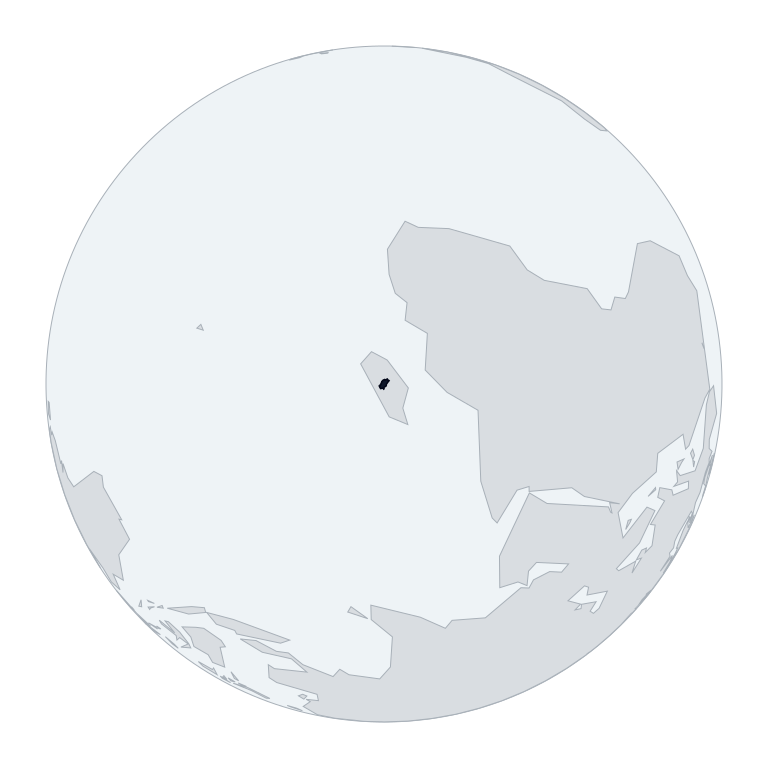 Vakinankaratra on an orthographic globe, rotated 133°
{"feature_id": "MDG-5881", "entity_name": "Vakinankaratra", "entity_type": "Autonomous Province", "adm_level": 1, "iso_a3": "MDG", "parent_name": "Madagascar", "parent_adm1": "", "projection": "orthographic", "projection_center": [46.868, -19.718], "detail": "fine", "context": "on_globe", "style": "filled", "palette": "ink", "viewbox_px": 768, "rotation_deg": 133, "n_neighbors": 0, "source": "natural_earth", "source_scale": "10m", "svg_char_len": 7348}
<svg xmlns="http://www.w3.org/2000/svg" viewBox="0 0 768 768"><g transform="rotate(133 384 384)"><circle cx="384" cy="384" r="338" fill="#eef3f6" stroke="#a8b0b8"/><path d="M46.3,397.4L47.0,393.7L50.8,398.7L53.5,418.1L55.8,447.2L70.8,498.8L78.4,526.0L89.0,546.7L110.0,581.1L112.4,585.1L98.1,564.2L85.5,542.4L74.5,519.7L65.2,496.2L57.8,472.1L52.1,447.5L48.3,422.5L46.3,397.4ZM116.7,590.7L121.4,596.5L130.7,607.6L131.6,608.7L116.7,590.7ZM174.5,649.2L176.2,650.4L191.7,661.8L174.5,649.2ZM191.8,661.9L197.0,665.3L198.8,666.6L203.5,669.7L207.7,672.3L207.8,672.4L191.8,661.9ZM209.2,673.2L208.9,673.0L198.9,666.6L202.8,668.2L211.0,673.7L210.2,673.8L209.2,673.2ZM185.6,656.0L179.4,650.6L180.7,651.0L185.2,654.9L185.6,656.0ZM357.8,47.1L370.9,46.7L363.7,47.5L352.3,48.0L358.5,48.9L360.1,48.1L365.6,48.2L372.8,47.0L377.0,47.1L376.6,46.3L382.6,46.3L382.8,46.8L398.5,46.5L412.3,47.4L413.8,47.4L411.8,47.2L413.6,47.4L430.5,49.3L430.8,49.3L428.5,49.0L440.1,50.8L440.1,51.0L442.9,51.5L444.4,51.5L444.0,51.4L467.6,56.6L490.7,63.4L513.3,71.8L535.3,81.8L556.4,93.4L576.7,106.4L596.0,120.9L614.3,136.7L631.3,153.7L631.8,154.4L639.2,162.7L641.9,165.7L645.1,169.5L648.0,173.5L661.8,191.8L671.3,207.2L674.9,223.2L666.6,221.3L667.7,225.9L660.3,216.0L656.6,221.3L675.5,258.9L677.1,267.8L668.2,277.2L666.9,270.0L647.3,243.9L648.1,264.2L663.2,290.1L668.5,315.3L658.9,302.6L652.9,280.4L645.9,270.5L644.6,251.9L632.7,221.7L622.8,221.8L620.5,211.3L602.6,186.0L586.6,186.3L563.2,205.4L565.0,232.7L554.7,242.8L529.8,198.4L520.8,172.5L510.4,173.0L485.9,150.4L439.6,144.9L434.3,138.8L425.3,141.1L408.2,134.9L400.5,125.8L389.7,126.3L410.5,150.8L422.3,150.7L433.9,141.9L437.4,151.0L454.0,160.4L431.2,182.1L364.5,203.4L360.2,183.3L320.8,136.0L323.2,130.8L323.1,130.3L322.8,129.3L316.9,138.0L310.9,129.9L329.6,160.7L331.8,175.9L363.6,204.6L360.0,208.0L370.9,214.3L408.5,206.5L408.2,213.5L389.1,246.9L339.1,297.3L347.1,332.1L345.7,363.4L317.4,386.8L323.0,412.0L308.8,422.6L310.0,437.6L300.3,455.1L283.1,473.4L250.6,479.6L246.1,465.8L226.1,442.5L197.3,386.1L202.9,357.1L198.9,337.5L175.7,300.4L180.6,276.1L175.0,268.5L163.0,274.5L156.9,265.8L149.9,268.0L108.5,294.4L97.7,287.0L89.0,255.6L97.8,236.0L102.5,218.8L165.6,142.2L175.4,139.7L221.0,119.0L226.0,119.0L216.8,131.0L248.0,136.5L262.6,124.9L294.6,127.7L318.4,125.1L333.6,104.2L294.7,107.7L291.8,99.5L326.0,88.7L360.6,88.1L360.5,85.0L341.9,79.1L353.1,73.7L335.8,77.0L340.4,79.5L329.7,82.2L324.9,80.2L329.0,78.0L319.5,77.7L302.2,89.5L305.0,93.3L278.1,99.1L280.2,106.5L271.7,111.6L265.1,101.3L268.2,96.7L253.0,90.0L247.3,95.0L261.2,102.2L255.4,102.5L247.8,111.0L249.0,104.9L235.3,97.3L213.3,106.6L179.4,134.0L167.7,140.7L160.5,141.8L178.6,120.7L202.7,108.3L209.4,102.2L209.5,98.2L216.8,95.3L219.8,92.6L229.4,88.7L247.8,78.9L258.3,75.3L270.2,68.3L277.2,66.0L268.1,70.5L267.5,72.4L294.1,66.3L300.7,64.1L306.3,60.5L312.9,59.9L314.9,57.3L332.5,54.2L312.7,56.2L318.8,53.6L331.9,50.8L330.4,50.7L308.9,55.6L303.6,57.4L304.7,58.1L287.0,65.4L276.8,68.5L281.9,63.4L268.0,67.8L278.0,63.3L304.7,55.5L331.1,50.3L357.8,47.1ZM139.9,174.0L137.3,179.2L137.2,179.2L139.9,174.0ZM394.9,99.7L417.1,101.6L410.9,90.1L418.9,90.2L413.9,86.7L410.4,89.3L398.6,80.4L409.6,78.3L408.9,74.4L401.4,73.7L383.2,79.4L399.9,91.6L393.1,95.8L394.9,99.7ZM226.8,85.1L228.5,84.6L222.4,88.2L209.1,95.4L217.8,90.0L226.8,85.1ZM232.2,83.4L240.9,77.9L249.5,74.1L243.2,77.0L248.0,75.0L239.2,79.3L238.9,82.2L233.5,85.7L211.9,95.4L221.9,89.9L219.7,90.3L232.2,83.4ZM234.2,113.5L238.5,112.8L245.9,110.7L241.2,116.5L234.2,113.5ZM224.4,108.3L228.7,106.5L225.6,112.6L221.1,113.8L224.4,108.3ZM233.6,100.9L229.2,106.0L228.9,103.9L233.6,100.9ZM272.4,69.1L277.3,67.5L276.8,68.2L272.9,70.1L272.4,69.1ZM325.6,108.0L317.2,112.4L314.3,110.8L317.7,109.6L325.6,108.0ZM276.0,113.2L286.1,114.2L274.6,114.8L276.0,113.2ZM467.9,552.9L470.8,559.0L465.3,558.6L467.9,552.9ZM404.5,357.8L385.2,414.8L368.9,415.2L364.3,398.0L370.3,363.5L388.8,353.8L397.4,338.9L404.5,357.8ZM701.1,402.3L703.8,407.9L703.4,409.3L701.1,402.3ZM698.5,392.6L702.1,397.8L697.3,395.2L698.5,392.6ZM703.4,399.9L707.1,401.9L708.7,401.6L708.0,404.4L703.4,399.9ZM695.8,389.6L678.0,372.9L670.1,362.8L672.7,358.6L685.5,370.0L695.8,389.6ZM672.0,357.9L658.9,333.5L635.6,278.3L644.1,282.9L667.3,321.3L666.0,325.1L674.0,342.8L672.0,357.9ZM700.8,352.7L699.3,366.0L690.2,355.6L685.6,349.2L682.6,328.3L684.4,320.8L688.3,324.3L699.7,307.4L704.5,319.5L701.9,328.0L705.6,344.0L700.8,352.7ZM566.7,235.8L575.5,255.0L569.4,256.3L566.7,235.8ZM701.4,292.6L698.8,299.7L700.2,287.9L701.4,292.6ZM700.4,280.1L702.1,286.8L699.0,278.3L700.4,280.1ZM670.4,233.9L666.4,231.9L664.8,227.6L669.1,227.7L670.4,233.9ZM678.6,220.8L683.9,232.3L685.1,235.6L680.6,226.7L678.6,220.8ZM625.8,616.4L637.8,603.3L634.5,609.2L625.7,617.7L625.8,616.4ZM653.6,587.8L645.3,597.9L642.9,598.9L648.0,592.2L645.5,593.8L649.6,585.8L662.8,565.8L659.9,567.6L667.7,558.4L661.1,564.5L668.3,551.1L670.8,540.8L645.8,536.6L643.4,527.7L650.8,518.9L662.2,483.2L663.6,485.6L671.1,464.2L689.8,461.5L705.3,440.8L707.8,452.3L714.5,436.6L714.7,448.6L710.3,463.7L705.4,487.1L711.8,466.1L704.1,492.1L694.4,517.5L682.7,542.0L669.1,565.5L653.6,587.8ZM707.5,414.5L712.2,409.3L713.7,411.8L707.5,414.5ZM717.4,439.3L718.3,432.0L719.0,428.1L720.4,416.0L720.3,399.1L720.3,390.0L721.2,390.0L719.8,376.6L721.5,382.6L721.2,399.9L721.8,394.6L721.7,394.7L717.4,439.3ZM719.6,412.6L719.7,414.2L719.1,416.9L719.6,412.6ZM716.4,381.9L716.1,385.3L715.3,380.1L716.4,381.9ZM717.6,382.5L719.3,393.4L717.2,385.1L717.6,382.5ZM707.7,349.9L708.8,360.5L712.5,360.8L709.7,364.4L711.2,383.1L710.0,387.3L708.7,367.4L706.6,382.5L704.9,379.7L704.8,364.2L707.1,349.7L708.8,345.3L714.9,353.1L707.7,349.9ZM717.9,371.6L717.3,359.6L717.6,354.2L718.4,361.5L717.9,371.6ZM713.6,330.5L709.8,314.7L707.9,315.0L710.4,307.8L713.8,323.9L713.6,330.5ZM708.1,302.2L706.5,302.2L707.2,297.3L708.1,302.2ZM705.2,297.6L703.4,289.6L705.6,293.6L705.2,297.6ZM709.3,304.6L707.1,292.5L709.5,301.5L709.3,304.6ZM698.6,271.8L705.7,290.3L699.0,276.9L691.8,253.0L694.1,255.9L698.6,271.8Z" fill="#d9dde1" stroke="#a8b0b8" stroke-width="1"/><path d="M378.0,385.0L378.1,384.8L378.2,384.7L378.3,384.5L378.3,384.4L378.4,384.1L378.4,383.9L378.3,383.7L378.2,383.4L378.1,383.2L378.1,382.9L378.1,382.5L379.1,382.5L380.1,382.4L381.4,382.2L381.9,382.3L382.4,382.2L382.9,381.7L383.6,381.3L384.2,381.1L384.9,381.2L385.1,381.5L385.9,381.6L386.6,381.6L387.2,381.3L387.4,380.7L388.0,380.7L387.9,381.5L387.9,382.2L388.8,382.7L389.6,383.3L389.5,383.5L389.5,384.0L389.5,384.3L389.4,384.5L389.3,384.8L389.2,384.8L389.1,385.0L388.9,385.1L388.9,385.4L388.9,385.5L388.7,385.8L388.7,386.1L388.4,386.0L388.4,385.9L388.5,385.8L388.5,385.7L388.4,385.7L388.3,385.8L388.2,385.8L387.9,385.9L387.6,386.1L387.5,385.9L387.4,385.9L387.4,386.0L387.2,386.1L386.8,386.0L386.7,385.9L386.5,386.0L386.4,386.0L386.2,386.1L385.9,386.1L385.8,386.3L385.8,386.5L385.7,386.6L385.4,386.6L385.1,386.6L384.9,386.7L384.7,386.6L384.4,386.8L384.2,387.0L383.9,387.2L383.7,387.3L383.4,387.2L383.2,387.3L383.0,387.2L382.6,387.1L382.4,387.2L382.3,387.3L382.2,387.3L382.2,387.2L381.9,387.1L381.7,387.0L381.4,387.1L381.2,387.1L380.9,386.9L380.7,386.7L380.9,386.5L380.8,386.3L380.7,386.2L380.8,386.2L380.7,385.9L380.4,385.9L380.3,386.0L380.1,386.2L380.0,385.9L379.9,385.9L379.7,385.7L379.7,385.4L379.4,385.4L379.0,385.3L378.7,385.2L378.4,385.2L378.1,385.1L378.0,385.0Z" fill="#0f172a" stroke="#020617" stroke-width="1.5"/></g></svg>